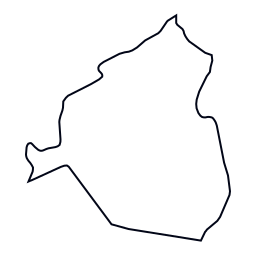 the Department of Cordillera, rotated 90°
{"feature_id": "PRY-604", "entity_name": "Cordillera", "entity_type": "Department", "adm_level": 1, "iso_a3": "PRY", "parent_name": "Paraguay", "parent_adm1": "", "projection": "robinson", "projection_center": [-57.018, -25.289], "detail": "fine", "context": "isolated", "style": "outline", "palette": "ink", "viewbox_px": 256, "rotation_deg": 90, "n_neighbors": 0, "source": "natural_earth", "source_scale": "10m", "svg_char_len": 1442}
<svg xmlns="http://www.w3.org/2000/svg" viewBox="0 0 256 256"><g transform="rotate(90 128 128)"><path d="M240.6,55.1L229.0,127.5L224.3,144.5L166.7,187.3L165.5,189.1L165.7,191.7L166.9,195.2L180.4,224.7L180.6,225.4L181.5,227.5L171.7,223.4L169.9,223.1L167.5,223.0L164.9,224.4L162.7,225.9L161.0,227.4L159.5,228.4L157.9,229.3L156.1,229.8L154.5,230.0L147.3,229.4L145.4,228.8L143.7,227.7L143.1,225.9L143.2,224.9L144.1,223.8L147.0,221.1L149.8,217.8L150.5,216.4L150.8,215.1L150.7,213.9L150.4,212.8L149.0,209.6L148.3,207.5L147.1,200.6L146.3,198.3L144.9,196.4L141.9,195.6L139.4,195.5L122.0,196.7L120.0,196.5L115.9,195.5L110.5,193.6L107.7,193.0L101.4,192.7L97.8,190.1L95.7,187.9L84.2,165.2L79.4,156.9L76.7,153.8L75.3,153.7L74.2,154.0L73.0,154.9L71.4,156.5L70.5,157.2L69.0,157.6L67.4,157.6L65.8,156.9L64.3,155.6L61.9,152.3L53.8,136.5L52.3,131.3L51.7,127.2L50.4,123.7L47.5,119.0L40.4,110.8L33.2,97.7L30.9,95.4L21.5,89.0L20.7,88.2L15.4,79.8L23.0,79.8L24.8,78.7L29.1,73.5L31.1,72.4L33.4,71.9L36.2,70.6L39.0,68.8L41.4,66.8L52.8,50.8L55.1,44.3L60.6,43.7L67.0,45.4L72.0,46.1L76.3,49.3L91.6,56.8L99.6,59.3L104.0,59.8L108.3,59.4L113.0,57.6L115.6,55.7L116.9,54.1L117.3,52.7L117.4,51.5L117.4,50.5L117.0,48.7L116.9,47.7L117.0,46.3L117.3,44.7L117.7,43.7L118.5,42.8L120.6,41.3L122.4,40.3L125.6,39.2L162.7,31.9L175.5,28.0L191.3,26.0L195.0,26.5L216.9,35.9L220.9,38.7L229.6,49.1L230.8,49.9L231.9,50.9L240.6,55.1Z" fill="none" stroke="#020617" stroke-width="2"/></g></svg>